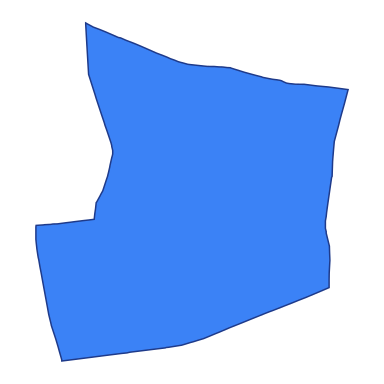 At Tahrir, Amanat Al Asimah, Yemen (Mercator projection)
{"feature_id": "15242507B91083186243628", "entity_name": "At Tahrir", "entity_type": "district", "adm_level": 2, "iso_a3": "YEM", "parent_name": "Yemen", "parent_adm1": "Amanat Al Asimah", "projection": "mercator", "projection_center": [44.197, 15.354], "detail": "fine", "context": "isolated", "style": "filled", "palette": "blue", "viewbox_px": 384, "rotation_deg": 0, "n_neighbors": 0, "source": "geoboundaries", "source_scale": "gbopen_adm2", "svg_char_len": 2185}
<svg xmlns="http://www.w3.org/2000/svg" viewBox="0 0 384 384"><path d="M348.1,89.6L337.8,88.2L328.7,87.0L316.8,85.9L314.4,85.6L304.3,84.3L303.1,84.3L295.4,84.2L291.7,83.8L289.5,83.6L286.5,83.1L283.3,81.7L281.6,80.8L279.9,80.3L276.9,79.8L272.7,79.3L269.0,78.6L262.9,77.4L261.4,76.8L255.5,75.3L248.9,73.5L244.5,72.3L241.0,71.2L231.7,68.3L230.2,67.7L227.4,67.6L222.6,67.0L218.9,66.9L214.2,66.5L211.0,66.5L207.2,66.4L203.3,66.0L190.3,64.6L187.8,64.3L183.2,63.0L180.4,62.3L178.0,61.6L174.7,60.2L170.4,58.7L166.9,57.1L163.9,55.9L156.5,53.1L140.6,46.1L136.8,44.5L135.6,44.0L125.8,40.2L120.6,37.9L118.4,37.5L105.6,31.9L99.7,29.5L93.3,27.1L85.7,23.0L85.7,24.1L86.6,40.3L88.6,74.4L95.0,94.5L96.3,98.8L101.4,114.2L104.3,122.8L104.9,125.0L106.8,130.3L109.1,137.1L111.0,142.8L111.7,145.5L111.8,146.7L112.2,148.3L112.7,150.5L112.7,154.0L112.3,155.8L111.8,157.5L111.0,161.0L110.0,165.5L109.7,167.3L108.5,172.5L107.8,175.2L107.6,176.2L106.8,178.5L106.1,180.6L103.9,187.4L102.7,191.0L101.1,193.8L100.1,195.8L97.9,199.8L96.9,201.7L96.2,202.6L95.5,209.0L94.8,213.7L94.2,219.3L88.8,220.0L82.4,220.7L81.0,220.9L75.1,221.6L69.9,222.3L66.4,222.7L57.3,223.9L52.9,224.0L50.7,224.4L44.6,224.7L43.5,224.9L36.1,225.4L35.9,227.0L35.9,233.5L35.9,239.4L36.1,241.7L36.9,249.0L37.6,253.7L38.2,257.4L38.8,260.0L39.9,266.5L41.3,273.8L43.0,283.2L47.3,306.5L48.7,314.3L49.2,316.4L50.4,321.3L50.7,322.5L51.4,325.7L55.8,339.1L58.1,346.8L59.3,351.2L61.7,359.6L61.8,361.0L84.1,358.2L103.6,355.7L107.5,355.2L121.1,353.5L127.0,352.9L129.9,352.2L138.1,351.2L156.8,348.9L165.2,347.9L166.2,347.5L168.4,347.3L181.6,345.2L184.3,344.4L190.8,342.4L192.8,341.9L195.4,341.1L197.6,340.4L203.6,338.6L210.4,335.8L214.9,333.9L219.4,332.1L229.4,327.8L244.7,321.7L249.8,319.6L255.5,317.3L264.9,313.5L269.5,311.7L272.3,310.7L295.4,301.6L298.3,300.4L306.0,297.4L329.1,287.6L329.1,279.6L329.2,273.1L329.8,261.9L329.9,260.7L329.8,257.6L329.6,252.9L329.4,246.1L328.7,243.3L326.2,233.1L326.2,231.6L325.4,228.4L325.4,220.9L326.2,216.5L326.6,212.5L327.9,203.1L331.6,177.4L332.1,176.4L332.6,161.5L332.8,158.7L333.6,149.0L334.3,141.4L338.7,125.0L339.9,120.0L341.4,114.4L344.4,103.7L348.1,89.6Z" fill="#3b82f6" stroke="#1e3a8a" stroke-width="1.5"/></svg>